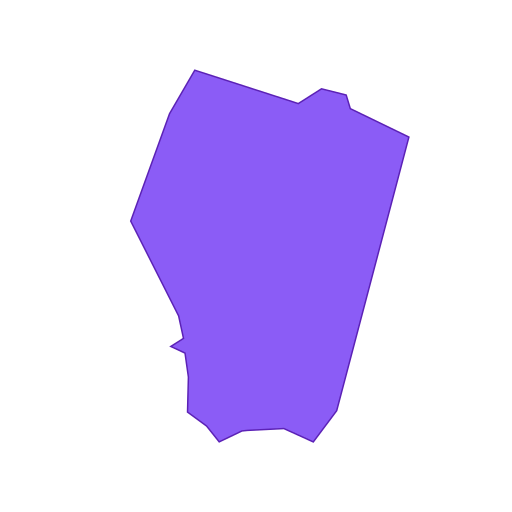 the district of Grant, Kentucky, United States of America, rotated 25°
{"feature_id": "52423323B20105286967567", "entity_name": "Grant", "entity_type": "district", "adm_level": 2, "iso_a3": "USA", "parent_name": "United States of America", "parent_adm1": "Kentucky", "projection": "natural_earth1", "projection_center": [-84.627, 38.638], "detail": "fine", "context": "isolated", "style": "filled", "palette": "violet", "viewbox_px": 512, "rotation_deg": 25, "n_neighbors": 0, "source": "geoboundaries", "source_scale": "gbopen_adm2", "svg_char_len": 430}
<svg xmlns="http://www.w3.org/2000/svg" viewBox="0 0 512 512"><g transform="rotate(25 256 256)"><path d="M229.9,100.0L122.0,113.5L117.5,163.5L127.7,277.3L211.2,343.0L225.1,361.3L217.0,374.0L232.7,374.0L245.9,394.3L259.9,426.4L283.1,431.0L301.2,440.0L317.2,420.5L321.9,417.7L354.2,400.6L386.5,400.3L394.5,362.1L344.3,83.6L279.2,82.6L269.7,72.0L244.7,76.8L229.9,100.0Z" fill="#8b5cf6" stroke="#5b21b6" stroke-width="1.5"/></g></svg>